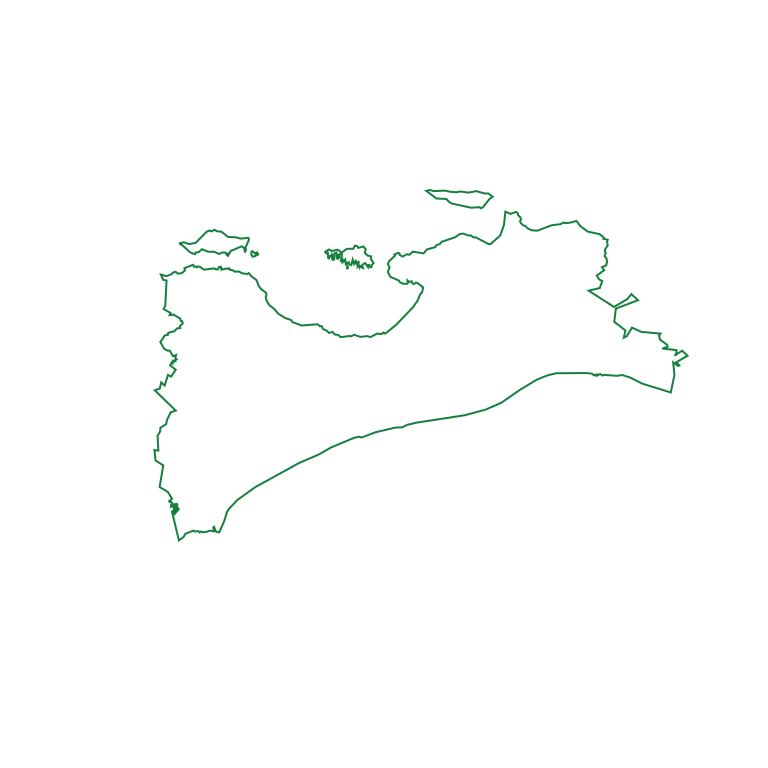 La Paz, Baja California Sur, Mexico (orthographic projection), rotated 302°
{"feature_id": "50627088B19134439985606", "entity_name": "La Paz", "entity_type": "district", "adm_level": 2, "iso_a3": "MEX", "parent_name": "Mexico", "parent_adm1": "Baja California Sur", "projection": "orthographic", "projection_center": [-110.497, 24.115], "detail": "fine", "context": "isolated", "style": "outline", "palette": "green", "viewbox_px": 768, "rotation_deg": 302, "n_neighbors": 0, "source": "geoboundaries", "source_scale": "gbopen_adm2", "svg_char_len": 6160}
<svg xmlns="http://www.w3.org/2000/svg" viewBox="0 0 768 768"><g transform="rotate(302 384 384)"><path d="M171.1,322.9L183.3,321.1L192.2,318.7L196.2,318.7L208.2,321.2L228.4,329.5L272.3,354.0L289.0,365.6L302.6,373.0L321.9,386.7L326.0,390.6L326.8,393.4L338.6,402.4L353.4,417.1L356.7,422.2L361.6,425.3L368.3,431.9L400.2,468.9L415.9,483.6L430.2,493.4L450.9,502.3L468.5,511.2L478.1,518.2L484.5,524.5L500.7,550.1L503.0,555.1L502.6,557.4L503.4,557.7L503.5,559.8L504.9,559.6L504.5,560.5L507.0,562.0L507.0,564.9L508.2,565.5L514.3,577.1L517.8,581.2L519.8,588.8L521.2,603.0L528.8,631.7L545.4,625.6L555.6,617.8L555.1,623.9L556.3,624.6L557.3,620.4L568.8,626.4L570.2,619.1L562.0,615.4L564.5,615.9L567.7,614.0L561.5,601.2L565.8,604.8L567.3,603.4L567.8,594.9L570.6,591.6L573.3,591.8L564.6,574.7L563.2,564.4L553.2,564.6L550.3,562.8L557.3,560.4L558.8,546.3L570.8,540.7L589.7,555.0L591.3,546.2L584.8,545.3L571.2,538.2L571.6,508.1L579.7,516.1L587.1,514.5L586.7,511.1L588.7,507.0L597.2,510.4L598.6,506.9L602.3,509.5L605.9,508.5L608.6,505.8L609.3,503.2L612.9,502.5L613.5,501.0L615.2,500.2L620.3,500.2L622.7,497.9L624.9,497.2L623.4,493.0L624.8,492.6L625.3,487.3L621.2,476.0L622.0,466.6L624.3,460.9L619.5,456.4L616.3,452.3L616.1,450.7L613.0,448.9L607.5,442.1L595.3,432.8L592.6,427.7L592.1,422.9L593.0,420.0L592.3,418.1L593.0,414.7L594.3,413.0L596.0,413.1L597.7,411.2L598.2,408.4L599.8,406.9L599.8,404.6L595.3,401.1L594.5,395.6L582.6,401.4L571.6,403.9L559.1,400.2L558.1,398.5L557.0,384.1L555.7,382.1L556.0,378.9L554.7,376.9L553.5,371.4L551.4,368.8L546.0,366.5L535.1,357.5L532.4,357.2L528.9,354.6L527.3,355.0L521.0,349.2L515.7,348.3L511.6,338.4L507.1,337.0L506.0,334.5L501.9,332.3L501.8,329.0L503.0,327.9L502.8,326.6L499.4,324.2L498.5,325.3L491.0,323.3L487.8,323.6L485.9,326.9L481.0,327.9L478.2,332.6L479.6,341.8L478.8,343.3L479.1,347.0L481.2,350.5L483.0,350.7L483.6,349.4L484.3,348.9L484.0,351.1L485.8,353.1L484.5,354.6L484.5,356.4L486.9,357.3L487.4,358.6L486.7,366.1L486.4,364.9L486.3,366.2L481.7,367.7L479.3,367.1L472.6,368.3L464.3,367.9L440.5,362.9L428.3,358.7L427.0,357.5L427.4,356.5L424.7,355.0L423.3,351.6L416.7,347.7L415.5,344.1L411.4,338.9L410.0,332.8L406.7,330.6L406.7,329.6L400.8,322.5L401.3,318.9L400.0,316.3L400.8,312.8L398.1,310.2L398.9,307.4L398.3,303.2L400.1,300.5L399.0,299.1L399.5,296.1L390.0,283.2L388.0,273.7L389.0,271.2L387.6,265.2L387.6,256.9L389.5,251.1L390.1,244.9L392.5,240.1L395.1,237.6L398.0,236.8L398.9,235.2L399.3,229.6L400.9,225.6L404.6,220.8L405.1,214.1L406.4,210.6L404.7,209.6L402.7,204.8L402.5,201.3L400.2,197.9L400.3,195.3L399.3,193.3L400.0,191.2L398.9,190.8L398.6,189.3L395.9,186.9L395.9,185.4L395.0,185.3L397.0,183.5L395.6,181.9L393.4,182.5L392.1,180.8L392.0,178.5L385.6,170.9L385.8,165.4L385.2,164.0L383.7,163.4L383.9,162.1L382.8,160.8L383.9,158.9L376.5,153.4L374.8,155.0L370.8,153.8L368.3,150.6L368.7,147.9L367.8,146.7L363.9,145.2L360.1,142.2L358.6,136.8L355.3,141.6L356.6,144.7L334.5,157.0L330.8,157.3L331.1,165.4L328.8,165.7L331.3,168.7L331.5,176.5L329.7,178.4L330.3,179.4L328.8,181.2L324.8,180.3L323.4,181.6L321.7,179.1L317.5,178.2L314.4,175.0L312.5,173.8L311.3,174.8L309.1,172.4L301.0,172.1L297.4,178.9L297.6,182.9L298.8,184.7L295.7,190.3L298.4,192.3L295.6,193.1L295.1,195.0L294.0,194.2L293.0,195.0L292.0,192.9L291.3,193.9L290.2,192.8L289.2,193.7L289.1,192.5L286.4,192.8L285.8,199.8L277.4,199.5L277.2,196.0L266.5,198.8L267.3,194.2L261.2,196.3L257.2,192.9L251.1,221.5L247.0,218.1L238.6,219.0L234.6,220.5L228.4,217.6L225.1,219.3L220.0,219.5L207.9,227.9L206.3,224.3L198.1,230.8L198.0,239.9L177.7,248.3L177.9,257.9L174.4,265.0L170.7,263.9L170.4,264.9L171.4,265.6L170.3,268.3L169.1,267.5L167.0,268.4L168.5,270.3L170.7,271.3L169.6,269.8L170.4,269.5L172.3,271.5L171.0,271.9L171.7,272.5L169.5,274.5L168.1,274.3L168.6,275.6L169.4,275.5L168.3,276.1L170.2,276.3L168.1,276.1L164.6,275.4L163.6,275.6L164.1,275.8L163.0,275.4L162.6,274.7L162.5,274.0L162.7,274.7L163.5,274.2L163.5,275.2L163.7,273.8L165.2,274.2L164.5,274.5L165.5,275.2L166.6,275.0L165.9,273.8L166.8,273.1L168.7,274.2L169.1,273.5L168.7,272.1L167.6,271.7L164.8,272.6L163.5,271.8L142.7,292.9L147.9,295.1L151.7,294.9L158.7,300.1L158.7,302.0L160.9,304.4L160.4,306.3L161.9,307.0L162.3,309.0L164.7,312.0L167.4,314.0L169.0,318.0L171.9,315.2L172.9,315.5L170.2,319.0L170.0,321.4L171.1,322.9ZM395.3,136.3L394.4,137.4L395.0,138.7L393.0,149.0L393.3,152.7L394.0,154.9L395.8,154.7L397.6,157.0L401.8,158.1L403.0,164.8L406.2,169.9L406.9,175.3L409.8,177.1L411.4,180.0L410.4,182.1L412.8,182.8L410.0,183.1L410.0,183.8L415.5,183.5L425.3,190.3L425.4,192.8L423.2,195.6L421.6,196.1L424.2,196.1L426.5,194.2L435.0,193.0L436.0,191.5L431.3,185.3L430.1,181.1L426.1,173.9L427.0,165.4L424.9,161.2L425.0,158.5L421.9,156.7L421.8,154.7L418.8,152.8L403.9,149.5L399.4,144.6L398.1,139.2L395.3,136.3ZM600.4,376.9L600.9,371.6L599.0,368.6L596.4,360.0L591.2,354.4L587.7,346.7L584.9,343.7L582.1,338.3L580.3,333.2L573.8,323.7L572.9,320.1L570.2,317.5L569.1,330.2L573.9,338.7L572.8,343.5L573.1,346.3L579.7,364.5L584.6,371.3L584.2,373.0L586.5,374.3L596.8,375.4L600.4,376.9ZM479.1,281.0L473.2,278.5L468.5,281.3L464.7,282.3L467.4,282.9L465.2,284.4L469.0,285.1L466.1,287.5L467.0,287.4L466.5,288.4L468.0,288.3L466.6,289.2L468.5,289.7L467.0,291.4L467.6,293.2L472.9,291.5L469.9,295.0L474.5,294.6L471.8,296.1L471.1,297.5L474.9,297.7L469.4,299.6L471.0,300.3L470.0,301.5L472.2,301.0L470.9,301.8L471.3,304.6L473.0,302.5L476.0,303.5L476.6,304.1L474.9,308.0L476.1,307.2L477.1,308.1L475.6,310.4L476.4,311.4L478.4,310.5L481.0,311.1L483.1,306.6L485.4,305.5L484.2,301.7L485.1,298.2L488.6,297.1L489.7,293.6L485.8,290.0L486.7,288.1L486.0,286.0L482.4,286.3L479.1,281.0ZM468.8,266.0L465.0,264.1L464.1,265.6L465.5,266.8L461.3,269.9L461.4,270.8L463.3,269.7L464.3,270.6L464.0,271.6L466.3,271.1L465.3,272.7L462.0,273.5L463.6,273.9L462.3,275.0L463.1,275.7L468.4,272.7L470.2,274.0L464.8,277.8L467.1,277.2L466.1,278.7L468.1,279.1L469.5,276.9L471.8,279.2L473.4,276.2L473.3,273.4L469.1,269.4L468.8,266.0ZM427.0,202.2L426.1,201.4L423.6,202.7L422.3,205.2L424.5,207.2L426.6,206.6L427.2,207.6L426.5,208.3L427.2,208.7L428.3,206.6L426.4,205.0L427.0,202.2ZM464.8,290.3L462.5,291.3L462.7,291.9L464.2,291.4L464.8,290.3Z" fill="none" stroke="#15803d" stroke-width="2"/></g></svg>